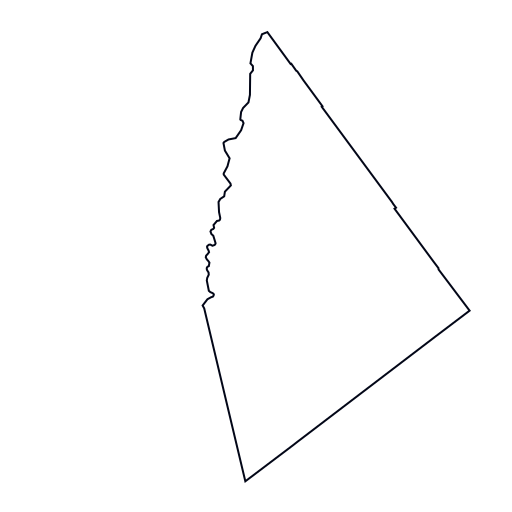 Garrett, Maryland, United States of America (orthographic projection), rotated 143°
{"feature_id": "52423323B87744490422478", "entity_name": "Garrett", "entity_type": "district", "adm_level": 2, "iso_a3": "USA", "parent_name": "United States of America", "parent_adm1": "Maryland", "projection": "orthographic", "projection_center": [-79.245, 39.463], "detail": "fine", "context": "isolated", "style": "outline", "palette": "ink", "viewbox_px": 512, "rotation_deg": 143, "n_neighbors": 0, "source": "geoboundaries", "source_scale": "gbopen_adm2", "svg_char_len": 1479}
<svg xmlns="http://www.w3.org/2000/svg" viewBox="0 0 512 512"><g transform="rotate(143 256 256)"><path d="M400.1,82.5L398.7,82.5L339.9,82.6L334.3,82.7L161.6,83.7L118.3,83.8L118.3,135.2L118.0,136.0L117.6,136.5L117.6,144.8L116.9,210.4L115.1,210.3L115.1,215.0L114.9,217.2L113.7,335.6L112.8,335.6L112.4,367.6L111.9,378.6L112.4,379.8L112.1,388.4L112.6,388.6L112.8,388.6L112.2,428.0L117.8,429.5L121.3,427.1L129.9,424.2L136.5,420.6L144.5,413.2L144.2,409.5L146.7,406.1L151.0,405.0L163.9,388.3L169.6,383.2L177.2,382.0L181.2,380.0L186.3,374.6L186.4,373.9L185.4,372.2L186.0,369.6L192.2,365.4L201.3,362.4L207.8,365.6L212.7,366.2L214.0,365.8L217.4,358.9L218.3,349.9L223.3,346.0L224.8,344.8L232.1,341.4L232.8,340.4L232.8,329.2L233.6,327.5L242.1,326.1L245.5,322.8L250.1,323.1L253.4,321.7L259.1,313.3L261.7,307.8L262.9,306.7L264.1,306.5L266.1,307.5L271.3,306.3L272.5,303.7L273.8,303.3L275.9,303.8L277.6,303.0L278.4,300.4L277.9,297.9L280.6,290.5L281.7,289.8L282.7,289.8L284.6,290.4L285.6,292.6L286.7,293.3L287.8,293.3L288.8,293.3L289.6,292.8L290.2,291.4L290.6,288.9L291.2,287.3L293.3,286.7L295.6,286.3L296.9,285.2L297.3,282.9L297.1,280.7L297.2,278.7L299.8,276.3L301.1,276.6L302.2,276.3L303.0,275.5L303.5,274.5L303.7,273.0L303.8,271.4L305.0,269.5L308.1,267.9L310.0,266.1L314.6,256.6L314.2,254.6L313.1,252.7L312.7,251.5L312.8,250.7L313.2,250.3L314.0,249.8L314.9,249.5L316.7,250.1L320.8,250.7L328.4,248.6L328.9,245.3L364.2,164.7L400.1,82.5Z" fill="none" stroke="#020617" stroke-width="2"/></g></svg>